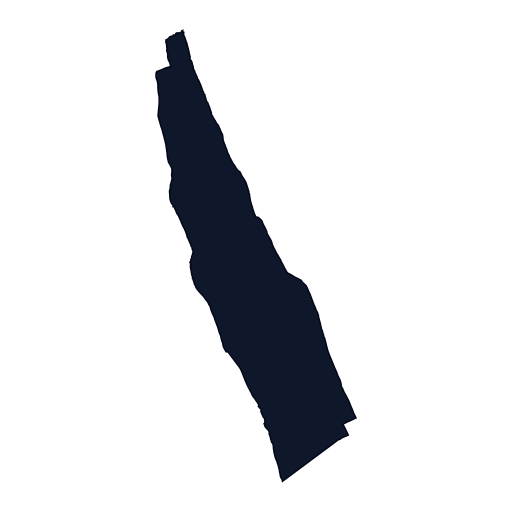 outline of Ibanesti, Vaslui, Romania
{"feature_id": "2599482B62946282817270", "entity_name": "Ibanesti", "entity_type": "district", "adm_level": 2, "iso_a3": "ROU", "parent_name": "Romania", "parent_adm1": "Vaslui", "projection": "albers", "projection_center": [27.597, 46.426], "detail": "fine", "context": "isolated", "style": "filled", "palette": "ink", "viewbox_px": 512, "rotation_deg": 0, "n_neighbors": 0, "source": "geoboundaries", "source_scale": "gbopen_adm2", "svg_char_len": 5997}
<svg xmlns="http://www.w3.org/2000/svg" viewBox="0 0 512 512"><path d="M356.0,417.9L353.4,412.6L352.3,409.5L351.6,408.0L348.6,400.6L345.2,394.1L344.4,392.8L343.8,391.6L342.7,388.8L341.9,387.6L341.6,386.8L341.3,386.0L341.0,383.7L340.6,382.0L340.1,380.3L337.8,375.5L337.4,374.5L336.9,372.9L333.8,365.8L332.1,361.5L329.5,355.3L328.4,352.3L327.9,351.0L326.8,347.0L325.9,343.1L324.6,338.1L323.8,336.8L323.6,335.4L323.0,333.6L322.4,331.2L321.6,329.3L320.9,326.4L320.2,323.1L319.8,321.6L319.6,321.2L319.1,318.9L318.7,317.9L318.6,317.4L318.6,316.6L318.4,315.4L318.3,314.9L317.7,313.5L317.5,312.6L317.0,311.6L316.1,310.2L315.9,309.2L315.6,308.7L314.8,306.4L314.4,306.0L313.7,304.0L313.2,303.0L312.8,301.5L312.2,300.1L309.9,293.9L309.0,292.2L307.9,289.5L306.4,286.2L305.9,285.5L303.7,283.4L302.3,282.2L301.6,281.0L300.7,280.0L294.4,276.9L292.3,275.5L290.1,274.2L288.1,273.3L287.0,272.3L284.4,267.7L282.5,263.8L281.9,262.9L280.9,260.8L280.4,259.5L279.9,258.8L279.5,258.3L278.0,255.5L276.8,253.7L273.7,247.6L272.4,244.8L271.9,242.8L271.0,240.4L267.0,233.4L266.8,231.7L265.7,229.1L263.0,223.9L262.2,221.6L261.8,220.8L261.2,220.0L260.0,218.8L259.0,218.0L258.0,217.3L257.4,217.1L256.3,217.1L255.9,216.9L255.5,216.2L254.1,213.0L253.3,210.4L252.7,208.8L252.4,207.2L251.2,203.7L250.2,199.7L249.4,194.2L249.3,193.6L248.9,193.0L248.8,191.6L247.9,188.6L246.0,182.7L244.9,180.6L243.6,178.4L242.5,176.9L241.9,176.0L240.2,172.3L239.9,171.9L239.3,171.4L238.5,171.0L237.0,169.3L235.0,166.4L234.9,165.9L234.5,165.3L233.3,163.9L233.0,163.4L229.6,157.0L229.3,155.9L228.7,154.9L227.3,151.8L226.6,149.2L225.8,147.5L224.9,144.8L224.2,143.3L223.2,140.3L222.9,138.6L223.0,137.9L222.9,137.2L222.5,134.7L222.0,133.6L221.5,132.9L220.6,130.7L220.2,129.5L219.0,127.1L218.5,125.7L218.3,125.3L216.7,123.5L215.7,121.9L215.5,121.3L214.5,119.7L213.4,117.9L212.9,117.0L212.6,116.2L212.1,115.5L211.6,114.9L211.5,114.4L211.3,112.5L209.9,108.6L209.5,107.2L208.5,104.9L208.4,104.4L207.5,102.3L206.9,101.8L206.4,100.9L205.6,97.9L205.2,96.5L204.9,95.7L204.9,94.8L204.6,94.3L203.8,93.8L203.6,93.1L203.5,92.1L202.7,91.0L202.2,89.2L200.5,84.5L199.9,83.3L199.2,81.8L199.1,81.3L198.9,81.2L198.3,79.7L197.9,79.7L197.5,78.7L197.1,77.1L195.1,72.8L194.7,71.6L194.5,70.7L194.1,70.1L193.4,69.2L193.2,67.4L193.1,66.5L192.2,63.8L192.1,62.7L191.1,60.5L190.4,59.9L190.0,59.3L190.1,56.9L189.8,55.5L189.3,53.7L188.8,50.9L188.4,49.7L188.2,48.5L187.9,47.6L186.7,42.8L186.0,41.2L185.0,37.9L183.8,35.3L183.6,34.3L183.8,32.5L183.7,32.2L183.3,32.3L182.8,31.8L182.7,31.4L182.7,30.7L182.4,31.0L181.9,30.8L181.9,31.0L181.9,31.6L180.4,32.6L179.7,32.9L178.9,33.0L177.9,32.8L176.3,33.1L175.7,33.7L175.6,34.9L175.4,35.2L175.1,35.0L173.4,35.0L173.1,35.2L173.0,35.6L172.3,36.2L170.8,36.4L169.7,36.9L169.4,37.1L168.9,38.2L168.6,38.2L167.2,39.4L166.7,39.7L166.0,39.9L166.0,40.3L165.8,41.9L166.0,42.7L166.5,43.8L166.8,47.5L167.0,49.1L166.7,50.1L166.7,50.6L167.4,52.6L167.7,54.3L167.7,57.3L167.8,57.9L168.3,59.4L168.4,59.9L168.6,60.5L169.4,61.7L169.8,62.5L170.3,64.7L170.5,66.9L170.2,66.8L167.9,67.3L164.6,68.3L162.0,69.6L156.7,71.6L156.1,73.2L156.0,74.8L156.0,76.3L156.1,77.5L156.3,78.4L157.3,81.0L157.8,84.0L158.0,86.6L157.9,87.1L158.1,90.7L158.5,93.6L159.1,96.5L159.1,97.1L159.2,102.0L159.1,103.3L159.0,105.2L158.9,106.6L158.7,107.8L158.5,110.8L158.4,111.3L158.2,114.0L158.0,115.1L158.3,117.0L160.8,125.8L161.2,127.1L162.0,129.2L163.1,133.6L164.1,137.0L164.6,139.4L164.9,140.3L165.3,142.1L165.8,144.1L166.8,150.9L167.1,153.1L167.1,154.5L167.6,157.9L167.8,159.0L168.4,161.7L168.8,162.8L170.0,164.6L171.5,167.7L171.9,168.9L172.0,170.9L172.0,171.7L171.7,173.9L171.6,175.1L171.7,175.9L172.1,178.2L171.9,179.5L171.3,182.0L170.4,185.1L170.3,186.0L170.3,187.7L170.2,188.4L169.8,189.9L169.5,191.2L169.9,196.9L169.9,197.7L170.0,199.0L170.8,201.7L171.6,203.4L173.2,205.6L173.4,205.9L173.4,206.2L173.1,206.6L173.8,206.7L174.1,207.1L175.5,210.0L176.8,213.3L177.8,214.8L178.4,215.4L178.6,215.9L179.0,217.0L181.0,221.3L181.1,221.9L182.9,226.0L183.9,227.9L184.5,228.7L184.7,229.6L184.9,230.1L185.5,231.1L185.6,231.5L186.1,232.8L186.3,233.6L186.9,235.3L187.1,236.6L187.4,237.4L188.2,238.7L188.7,240.0L190.7,244.6L191.3,246.6L192.1,247.4L192.2,247.8L192.2,248.4L192.1,248.9L192.2,249.2L192.8,250.3L193.0,250.9L193.1,251.3L193.0,252.0L192.9,252.9L192.3,255.0L191.8,256.3L191.6,257.7L190.8,260.1L190.8,260.9L189.9,262.4L190.2,262.8L190.5,263.4L190.6,264.2L190.7,264.5L190.4,265.3L190.6,268.3L191.1,270.3L191.3,272.0L191.8,274.9L192.5,276.8L192.6,277.7L192.4,278.4L193.1,279.4L193.5,281.0L194.3,282.8L194.3,283.8L194.5,284.3L195.6,286.1L196.0,287.4L196.4,288.2L197.4,289.6L199.4,292.0L202.9,295.7L205.0,298.4L205.6,299.4L207.0,301.0L208.1,302.7L208.9,304.5L209.4,305.3L210.0,306.1L210.4,307.4L210.6,308.4L211.1,310.0L212.3,313.2L214.3,317.4L214.9,319.6L216.1,322.8L217.2,325.8L217.7,326.9L218.4,329.4L218.6,330.2L218.9,331.0L219.3,332.6L220.9,336.3L220.9,337.4L221.8,340.6L222.7,343.2L223.2,346.0L223.5,347.0L225.1,350.1L225.8,351.2L226.0,351.7L226.3,351.9L227.7,351.6L239.7,367.6L240.8,369.6L241.4,370.8L245.0,379.8L245.0,380.1L247.1,384.7L248.5,387.7L249.2,388.8L250.0,390.6L251.2,392.6L252.0,394.5L252.7,396.0L255.3,399.3L255.9,400.4L257.1,402.0L258.1,403.8L258.7,404.6L258.8,405.5L258.3,406.2L259.4,407.7L260.2,408.4L261.1,409.4L261.1,410.8L260.9,411.1L261.2,412.3L263.4,417.3L264.3,418.1L264.6,419.2L265.0,421.7L264.9,422.3L264.7,422.7L264.1,423.5L264.1,423.9L264.5,424.7L265.2,426.8L267.3,429.2L268.0,429.8L268.8,431.1L269.2,431.9L269.3,432.6L269.1,433.0L269.1,433.6L270.0,436.3L270.3,436.9L270.5,437.8L270.6,438.7L271.0,440.0L271.4,440.9L271.5,442.1L272.5,443.2L273.1,444.6L273.3,446.3L273.5,449.0L273.9,450.9L274.0,452.1L275.0,456.5L275.7,458.5L276.8,461.1L277.5,463.4L278.1,464.9L278.8,467.8L279.3,469.6L279.6,472.0L280.1,474.2L280.3,475.8L281.1,478.0L282.0,479.3L282.3,480.4L282.5,481.3L336.9,440.8L336.9,440.6L337.7,440.1L340.4,439.0L341.2,438.2L342.8,437.4L348.3,435.1L344.1,426.4L342.7,424.4L347.3,421.9L349.4,421.1L356.0,417.9Z" fill="#0f172a" stroke="#020617" stroke-width="1.5"/></svg>